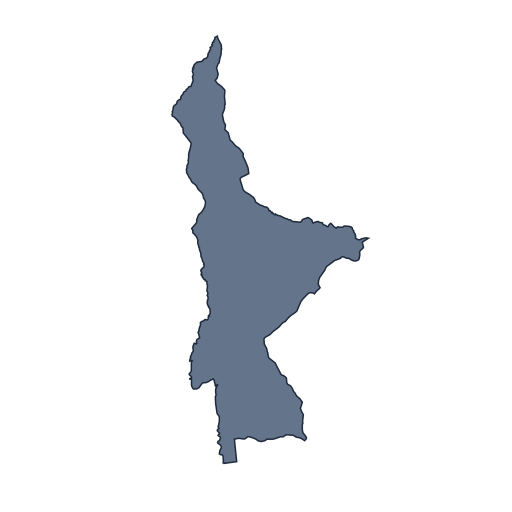 Santa Rosa De Viterbo, Boyacá, Colombia, rotated 10°
{"feature_id": "7082276B66726044645643", "entity_name": "Santa Rosa De Viterbo", "entity_type": "district", "adm_level": 2, "iso_a3": "COL", "parent_name": "Colombia", "parent_adm1": "Boyacá", "projection": "orthographic", "projection_center": [-72.996, 5.904], "detail": "fine", "context": "isolated", "style": "filled", "palette": "slate", "viewbox_px": 512, "rotation_deg": 10, "n_neighbors": 0, "source": "geoboundaries", "source_scale": "gbopen_adm2", "svg_char_len": 6111}
<svg xmlns="http://www.w3.org/2000/svg" viewBox="0 0 512 512"><g transform="rotate(10 256 256)"><path d="M248.4,431.1L249.5,432.3L248.2,433.8L248.2,434.8L251.0,436.9L250.9,437.3L250.1,438.1L249.8,439.3L250.2,439.7L251.8,440.1L252.3,440.7L252.5,441.5L252.1,444.1L250.8,445.1L250.6,446.3L251.0,447.0L253.4,448.1L255.0,449.8L255.1,451.0L254.2,453.6L254.2,457.2L255.0,457.7L257.3,457.8L258.2,458.5L259.4,463.2L259.6,465.2L260.0,464.9L260.5,465.8L272.7,461.9L266.5,440.1L270.7,438.5L275.1,438.4L276.9,438.0L279.3,435.4L280.5,435.2L283.6,435.5L287.5,436.3L290.3,437.7L293.5,437.8L297.0,436.2L298.6,434.5L304.3,433.5L305.6,433.0L311.6,429.7L314.0,429.4L316.6,427.0L318.4,426.6L323.9,426.1L327.0,427.4L329.5,427.4L331.9,427.7L336.0,429.4L337.1,427.5L337.3,426.4L336.8,425.5L332.7,421.6L331.7,418.6L330.9,414.0L331.2,412.4L330.6,410.8L330.2,404.1L327.9,401.3L326.2,398.3L327.0,392.3L326.8,391.5L325.9,391.0L324.4,389.2L320.4,386.9L318.1,384.1L316.3,382.7L315.3,380.8L313.2,378.4L312.2,377.7L309.6,376.9L309.1,376.5L308.2,375.1L307.4,371.8L306.9,370.6L303.9,369.0L301.8,368.7L301.1,368.1L293.4,358.0L286.3,354.1L285.5,352.7L284.3,349.0L283.5,347.9L282.6,345.3L279.5,341.4L278.3,336.7L278.4,335.7L279.4,334.3L283.5,330.8L285.9,327.4L290.5,322.5L293.8,317.3L296.3,315.3L298.1,312.0L300.9,308.2L304.3,305.0L305.8,303.1L308.0,293.5L309.3,290.7L313.4,284.5L315.1,282.9L316.1,282.6L318.5,282.5L320.1,283.1L321.9,279.8L324.2,276.9L324.6,276.1L322.3,273.1L321.9,269.4L322.4,266.2L326.2,258.0L327.0,254.6L334.2,246.8L339.1,244.0L340.7,242.1L341.5,241.5L345.8,242.5L347.6,242.2L348.8,242.4L349.4,242.9L352.4,243.8L355.1,243.6L357.4,242.2L357.9,241.4L358.1,239.4L358.0,236.2L357.4,234.6L357.7,232.5L360.1,229.6L360.4,228.8L358.2,224.0L363.6,219.0L361.3,219.0L360.0,219.4L357.0,220.7L355.6,221.9L354.8,222.1L353.9,222.2L350.9,221.3L350.7,218.9L349.4,216.7L348.2,215.6L347.8,214.2L346.5,213.2L345.7,211.4L344.3,210.8L341.8,210.7L338.4,211.0L337.5,211.3L336.1,212.8L331.2,213.2L330.2,214.7L327.1,213.3L325.7,211.9L323.9,210.8L322.5,212.5L322.1,214.4L321.3,214.7L318.7,213.7L317.3,213.7L316.2,212.8L315.8,211.9L315.3,211.7L313.0,211.9L311.1,211.2L309.0,212.0L306.6,213.6L305.7,213.0L305.3,211.7L304.8,211.1L302.7,209.8L300.4,209.1L295.3,212.1L295.0,213.6L293.9,215.0L286.4,215.6L285.2,215.4L283.8,214.5L281.7,214.6L280.6,214.1L277.9,213.8L272.9,212.3L270.7,212.3L267.8,211.3L267.6,212.2L267.1,212.1L264.5,210.3L264.3,210.9L262.1,209.0L260.8,209.1L260.4,207.8L259.1,206.5L257.7,206.0L256.0,206.1L252.9,205.2L251.5,205.2L246.3,202.9L244.7,200.1L243.2,198.7L239.4,196.7L234.3,194.8L233.0,194.0L231.8,192.8L227.8,185.0L227.2,183.8L227.0,182.3L228.1,180.9L234.6,176.1L232.8,170.5L229.0,164.4L226.3,160.7L226.0,160.1L225.7,157.5L225.4,157.1L220.9,153.0L216.5,150.9L212.7,147.7L210.4,146.3L207.2,139.4L203.3,136.9L203.2,132.3L202.5,131.2L201.5,130.3L200.9,129.2L198.5,123.1L198.4,121.8L199.3,117.6L199.4,115.5L198.9,112.8L199.3,112.0L197.2,104.2L196.6,98.4L196.0,97.6L192.4,94.9L187.7,92.6L185.3,90.0L186.8,87.8L187.0,86.5L187.1,83.3L184.5,77.8L185.2,73.5L186.1,72.1L186.1,67.8L186.6,63.3L186.1,60.2L186.2,57.9L185.7,57.3L185.6,55.7L184.9,53.8L180.7,48.5L179.8,46.2L177.6,47.9L177.7,49.7L176.9,51.7L177.2,52.6L176.1,53.1L176.1,54.8L175.8,55.6L176.6,56.4L174.6,58.7L175.4,60.4L174.4,62.2L174.6,63.2L173.6,65.0L173.8,66.0L173.7,68.4L172.7,69.8L170.2,71.3L169.2,73.6L164.0,75.4L163.0,77.1L162.0,78.0L161.9,79.3L161.4,80.1L162.0,81.2L161.4,81.3L161.3,82.1L161.0,82.4L161.0,82.7L161.6,83.1L161.2,85.0L162.9,88.1L163.0,88.6L162.3,89.7L162.3,90.5L163.7,94.2L163.2,95.5L163.3,96.3L162.6,99.0L162.6,99.9L162.5,100.3L160.6,100.9L159.9,102.4L158.3,104.5L158.2,105.6L156.2,107.4L156.0,109.2L154.4,111.9L154.6,114.4L154.4,114.9L153.5,115.1L151.6,117.2L151.3,119.9L150.3,121.3L149.3,121.9L148.7,123.9L148.9,127.5L148.4,128.5L148.9,129.1L148.7,131.3L149.4,132.8L150.9,133.1L155.4,136.1L156.0,137.0L158.3,138.4L160.1,141.4L161.6,142.3L162.1,143.2L162.3,145.1L162.9,145.9L162.8,147.1L163.1,147.5L172.2,155.7L172.5,156.4L172.6,157.8L172.6,161.0L172.0,165.4L172.1,168.5L172.6,170.7L172.6,173.5L173.2,176.3L172.3,179.1L172.7,181.0L172.4,182.8L173.4,186.4L174.3,187.1L176.7,190.5L178.2,191.7L179.5,193.7L180.6,194.7L183.5,196.1L185.2,197.4L187.5,200.4L192.0,203.5L193.0,204.8L194.2,207.9L196.3,210.3L197.1,212.5L197.0,216.3L195.4,221.0L194.4,222.8L192.4,225.1L191.3,230.4L191.7,233.2L191.3,234.3L187.9,239.9L188.1,240.5L189.2,241.3L189.8,244.2L191.1,244.9L193.9,247.2L195.2,248.9L196.1,251.1L196.5,253.8L197.8,256.0L198.0,257.1L198.9,257.7L199.0,259.1L201.3,263.2L201.8,265.8L203.6,268.5L204.2,270.2L206.1,272.5L205.9,273.4L206.6,274.2L206.7,275.5L204.6,278.5L204.1,279.6L204.7,280.9L205.3,281.5L205.2,283.8L205.8,283.6L205.9,284.8L206.8,285.3L206.9,286.3L208.3,287.3L208.5,287.8L210.1,288.4L210.3,289.2L211.6,289.4L212.1,289.9L212.7,292.4L213.4,293.5L213.7,299.0L214.7,300.1L215.2,301.8L214.7,303.0L215.8,304.7L216.2,306.3L216.3,307.1L215.8,308.1L216.2,309.2L215.9,310.2L217.0,312.9L217.9,313.3L218.1,314.5L219.8,316.0L220.9,320.7L220.3,321.7L220.2,322.5L219.6,323.2L220.3,323.7L219.7,324.2L219.6,324.6L219.8,326.4L219.4,327.1L218.9,327.5L217.0,327.3L215.4,329.1L214.1,329.8L212.8,331.1L213.3,333.7L212.6,337.1L212.9,337.6L212.6,339.1L212.8,340.0L212.2,341.1L214.7,346.3L212.6,348.2L212.2,349.1L212.1,350.6L212.9,352.5L212.3,353.0L210.6,352.6L210.1,352.8L210.1,354.1L209.7,355.0L209.7,357.1L210.8,360.4L209.6,363.1L209.6,364.6L209.1,365.7L209.0,366.7L209.4,367.5L209.0,368.1L208.9,370.5L209.0,371.0L210.6,370.1L211.3,370.2L210.8,371.9L212.2,380.1L212.1,381.2L210.6,383.8L211.2,384.7L213.3,385.9L213.7,387.2L212.1,388.1L212.1,388.6L212.2,388.8L213.4,388.5L213.7,388.7L214.1,389.5L214.8,394.0L215.4,395.6L217.2,397.7L218.1,397.8L220.8,397.1L222.6,395.8L225.0,391.0L225.8,390.2L226.4,389.8L227.6,389.7L228.6,389.4L231.3,387.8L232.7,386.2L234.3,385.3L235.1,384.5L235.6,384.6L236.5,386.1L238.5,390.7L240.2,389.4L240.7,390.1L239.3,391.8L240.0,392.9L239.5,393.5L239.4,394.4L240.2,398.3L240.6,398.8L240.9,399.9L240.4,401.3L240.8,403.8L242.0,408.7L245.0,417.8L247.7,420.6L248.3,423.1L248.6,425.6L248.4,431.1Z" fill="#64748b" stroke="#1e293b" stroke-width="1.5"/></g></svg>